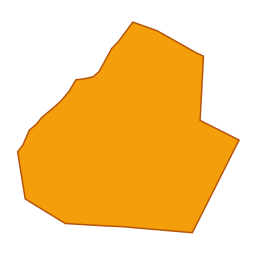 outline of Cedro de São João, Sergipe, Brazil, rotated 179°
{"feature_id": "56859067B48791321223866", "entity_name": "Cedro de São João", "entity_type": "district", "adm_level": 2, "iso_a3": "BRA", "parent_name": "Brazil", "parent_adm1": "Sergipe", "projection": "orthographic", "projection_center": [-36.887, -10.273], "detail": "fine", "context": "isolated", "style": "filled", "palette": "amber", "viewbox_px": 256, "rotation_deg": 179, "n_neighbors": 0, "source": "geoboundaries", "source_scale": "gbopen_adm2", "svg_char_len": 493}
<svg xmlns="http://www.w3.org/2000/svg" viewBox="0 0 256 256"><g transform="rotate(179 128 128)"><path d="M55.8,134.3L51.3,198.5L58.7,202.1L97.0,224.6L121.4,233.8L136.3,214.3L142.9,207.8L155.8,185.1L161.9,179.8L170.2,178.1L179.2,177.1L186.3,165.7L194.6,156.1L203.1,148.8L214.2,139.9L219.2,133.8L226.8,127.4L233.3,113.0L238.8,106.1L232.0,59.0L225.4,54.6L192.4,33.6L150.6,30.4L134.2,29.4L124.5,28.3L65.5,22.2L17.2,114.0L55.8,134.3Z" fill="#f59e0b" stroke="#b45309" stroke-width="1.5"/></g></svg>